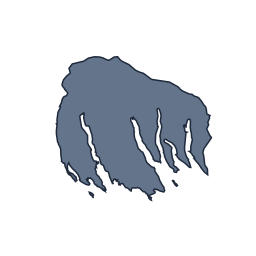 Súðavíkurhreppur, Vestfirðir, Iceland, rotated 144°
{"feature_id": "244011B7322015257461", "entity_name": "Súðavíkurhreppur", "entity_type": "district", "adm_level": 2, "iso_a3": "ISL", "parent_name": "Iceland", "parent_adm1": "Vestfirðir", "projection": "orthographic", "projection_center": [-22.738, 65.904], "detail": "fine", "context": "isolated", "style": "filled", "palette": "slate", "viewbox_px": 256, "rotation_deg": 144, "n_neighbors": 0, "source": "geoboundaries", "source_scale": "gbopen_adm2", "svg_char_len": 5816}
<svg xmlns="http://www.w3.org/2000/svg" viewBox="0 0 256 256"><g transform="rotate(144 128 128)"><path d="M94.5,191.8L97.6,193.6L103.5,193.9L105.1,195.7L106.8,199.0L109.1,202.0L113.2,205.3L118.9,207.8L124.6,208.1L135.4,212.6L140.6,211.0L142.4,206.4L147.2,206.1L151.8,204.9L155.6,202.2L156.3,201.0L156.4,198.4L156.2,197.5L156.5,196.2L156.1,192.3L156.5,191.4L158.9,190.3L161.3,191.0L163.7,190.3L167.2,187.5L170.8,185.6L170.2,185.0L170.7,184.3L175.4,181.9L180.6,176.4L182.5,173.5L183.5,173.6L183.6,172.2L187.4,168.1L189.5,165.1L193.2,158.0L193.3,156.4L194.0,155.1L193.9,153.8L194.9,150.5L198.2,145.5L200.7,140.8L201.4,140.3L201.0,137.5L200.0,136.8L201.5,133.7L202.1,130.5L203.1,127.8L203.2,125.3L202.1,122.5L202.3,119.6L201.8,118.0L202.1,116.8L201.9,115.5L200.1,115.7L199.5,118.0L199.1,118.1L198.9,119.7L199.4,120.3L199.6,123.3L200.8,125.4L201.2,124.8L201.7,125.6L201.4,127.8L201.7,129.0L199.4,133.0L196.4,134.6L196.6,133.9L196.9,134.2L196.6,133.8L197.0,131.7L196.7,127.3L195.9,122.9L195.8,119.5L196.5,116.0L197.1,114.8L197.6,114.8L197.7,114.0L197.5,113.9L197.8,113.5L197.4,112.0L195.1,107.0L193.4,105.0L192.9,104.8L192.1,105.7L191.8,104.6L191.5,106.1L191.6,107.3L192.3,108.9L191.7,109.4L191.9,110.8L191.3,110.8L190.9,109.5L190.5,110.0L190.5,110.9L189.6,111.2L189.0,110.1L188.1,110.0L188.1,109.2L187.6,108.9L187.2,106.9L187.3,104.1L188.0,102.9L187.3,99.9L186.9,99.9L187.2,98.8L185.4,96.4L185.2,94.7L184.6,94.5L184.5,93.9L184.8,93.7L184.8,92.6L183.8,90.3L183.5,92.2L182.9,91.3L182.6,91.8L182.9,92.2L182.3,91.9L182.4,91.3L182.2,91.1L181.5,93.8L181.7,95.3L182.2,96.3L182.2,97.1L181.8,98.3L180.9,98.9L180.2,102.0L180.5,103.1L180.1,106.0L180.6,107.5L180.5,110.0L179.2,111.8L178.7,114.2L177.1,114.6L177.3,115.3L176.5,115.8L176.4,115.3L175.9,116.7L174.9,116.9L174.3,118.2L173.9,118.4L173.6,117.5L173.2,118.2L173.3,120.0L174.7,120.8L174.9,122.9L173.7,127.5L173.3,127.9L172.3,130.6L171.3,131.9L171.0,131.5L170.3,132.2L170.0,137.4L169.5,139.6L165.1,145.7L164.9,151.9L165.2,153.0L165.1,156.0L160.2,165.8L157.7,166.5L155.7,165.4L155.8,166.3L154.9,166.3L155.0,165.5L157.9,162.2L159.6,158.5L160.1,156.5L160.5,156.2L160.6,154.3L158.7,152.9L158.5,152.1L161.2,143.7L163.3,139.7L165.6,137.2L165.9,135.7L165.4,134.1L167.4,128.7L168.6,127.8L168.2,126.8L168.5,126.2L169.8,124.7L168.6,121.1L170.9,114.8L170.8,113.9L170.1,113.2L170.0,111.8L171.3,107.3L171.0,105.7L170.0,104.8L169.8,103.9L170.3,102.1L171.5,99.5L173.2,92.2L172.7,91.9L172.0,94.4L171.6,93.8L169.0,94.9L168.7,93.8L168.1,93.7L168.0,92.7L167.6,92.5L168.4,92.4L168.6,91.9L167.6,91.9L167.7,90.4L167.1,89.6L167.9,88.2L168.5,88.3L168.7,87.4L167.9,86.5L166.8,87.2L164.9,86.2L164.9,81.2L163.5,79.5L162.9,75.9L162.5,75.2L160.6,77.0L159.4,76.9L156.9,74.8L155.4,74.2L154.0,72.4L153.1,67.5L152.0,66.6L151.8,63.9L151.1,63.0L151.7,61.9L151.8,61.3L151.6,60.7L152.3,59.2L152.2,57.1L151.6,56.0L151.4,56.8L150.0,57.9L150.9,59.8L150.8,61.0L144.6,59.6L143.7,60.1L143.6,60.7L144.2,62.4L143.5,63.0L142.1,62.8L141.4,61.4L140.8,61.5L139.3,58.5L136.7,55.2L135.1,55.8L134.4,58.0L133.8,58.8L133.8,62.1L133.1,67.1L131.9,70.8L131.7,77.2L130.2,79.3L130.4,80.2L130.1,80.8L130.9,81.2L132.0,83.5L133.0,88.9L132.6,91.5L131.6,93.7L130.3,99.7L131.0,101.2L131.7,105.6L129.8,111.0L128.6,115.9L126.2,120.3L125.1,121.1L124.6,122.6L122.9,125.0L123.1,125.7L121.7,130.0L121.8,131.2L121.3,132.6L120.1,134.2L119.3,134.0L118.7,133.0L119.1,132.3L119.0,132.1L118.3,132.6L117.9,133.8L117.3,133.6L117.3,133.0L117.8,133.2L117.3,132.4L117.4,131.1L117.0,129.4L118.3,122.3L122.0,115.9L123.0,110.8L124.2,109.0L123.9,108.6L124.2,106.9L123.8,104.2L124.5,100.1L124.1,97.2L124.2,95.3L125.0,89.8L125.9,88.0L125.6,87.2L125.8,86.4L125.6,86.4L125.6,85.5L123.8,83.7L123.3,82.6L122.3,82.3L122.0,81.4L122.1,80.0L120.7,83.8L118.3,86.1L117.0,89.8L116.2,90.7L116.5,91.2L116.5,92.1L115.3,95.8L115.3,98.1L114.2,100.5L109.3,106.6L102.9,111.3L103.1,111.6L100.6,116.4L96.9,119.9L93.9,125.4L93.1,126.2L92.1,126.1L91.6,124.9L92.8,121.0L94.0,118.5L98.0,114.4L99.2,110.6L100.3,108.8L107.0,102.7L107.5,101.3L110.2,97.0L111.6,90.5L112.3,90.0L112.4,88.6L113.6,87.7L114.3,84.6L115.0,84.0L116.2,79.0L116.5,76.3L116.4,75.7L116.9,72.4L115.5,68.2L115.7,66.6L116.5,65.8L116.1,64.8L114.8,63.6L113.1,64.7L111.5,64.3L112.0,68.0L112.8,69.6L113.0,71.3L110.6,73.8L110.7,74.6L109.4,78.4L106.4,84.1L104.0,86.4L104.9,91.2L106.8,95.1L106.2,97.0L104.1,96.9L103.0,93.7L101.2,90.5L100.6,86.0L100.9,85.1L100.8,84.4L101.3,82.4L103.3,78.3L105.2,78.3L104.6,77.3L105.2,75.4L104.8,73.8L105.0,72.9L102.7,66.6L101.4,60.1L100.4,59.2L99.1,62.6L98.2,66.4L97.5,67.1L97.7,68.5L97.4,71.0L95.6,76.2L93.8,78.9L84.0,90.0L82.7,89.9L84.0,91.6L82.5,94.4L82.5,95.3L82.0,95.8L81.5,97.4L80.6,97.1L81.4,96.8L81.2,96.4L81.4,95.8L80.4,94.7L79.0,96.6L75.0,99.5L74.0,99.6L72.8,98.4L73.5,96.7L77.3,91.9L79.3,88.1L79.5,87.1L82.3,82.5L82.5,81.0L88.0,76.2L90.7,72.5L92.1,73.1L91.8,72.6L92.0,71.6L91.5,70.5L91.8,68.0L91.6,65.5L92.4,65.0L92.4,64.5L92.2,64.5L92.4,64.9L91.7,65.0L91.9,64.3L92.5,63.8L92.8,64.1L92.4,63.0L92.6,61.9L92.3,60.8L92.0,56.1L92.3,52.9L92.1,47.6L91.0,43.4L88.1,47.7L87.7,49.0L87.7,52.2L87.4,53.3L83.1,61.0L81.8,64.3L78.6,66.7L66.3,71.0L66.1,71.8L66.2,74.2L64.9,81.0L60.9,83.2L60.0,85.8L56.4,87.9L55.6,89.3L54.3,89.9L56.0,92.9L53.6,97.2L52.8,99.4L53.1,102.5L52.8,106.4L53.1,111.3L55.7,115.0L56.4,117.6L58.3,119.3L62.0,125.7L63.0,128.4L63.2,131.5L67.4,140.7L80.4,153.5L83.4,163.2L86.0,166.7L87.9,170.2L90.0,178.8L93.8,185.7L94.3,188.1L94.5,191.8ZM123.3,59.7L122.9,58.7L123.3,54.0L122.8,52.3L121.7,52.4L121.7,54.2L122.5,56.1L122.0,57.4L122.0,58.6L123.3,59.7ZM197.0,94.1L197.0,93.3L196.9,93.9L195.4,94.0L195.3,95.0L195.5,96.2L196.4,97.9L196.6,97.6L196.9,98.1L196.9,97.7L197.3,98.2L197.6,97.4L197.5,95.7L197.0,94.1ZM173.0,117.0L172.2,117.0L172.0,118.1L172.6,118.3L173.0,117.0ZM197.2,92.7L197.0,92.4L196.7,92.7L196.8,93.0L197.2,92.7Z" fill="#64748b" stroke="#1e293b" stroke-width="1.5"/></g></svg>